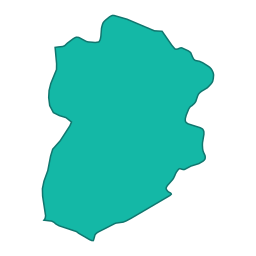 Kassérine, Natural Earth projection
{"feature_id": "TUN-110", "entity_name": "Kassérine", "entity_type": "Governorate", "adm_level": 1, "iso_a3": "TUN", "parent_name": "Tunisia", "parent_adm1": "", "projection": "natural_earth1", "projection_center": [8.892, 35.211], "detail": "fine", "context": "isolated", "style": "filled", "palette": "teal", "viewbox_px": 256, "rotation_deg": 0, "n_neighbors": 0, "source": "natural_earth", "source_scale": "10m", "svg_char_len": 2151}
<svg xmlns="http://www.w3.org/2000/svg" viewBox="0 0 256 256"><path d="M43.9,220.2L45.1,218.5L45.6,215.8L42.6,196.0L42.4,188.7L44.0,181.1L47.8,170.6L50.6,156.1L52.7,149.2L60.2,140.8L69.9,125.8L71.5,122.0L66.0,117.6L59.4,115.6L53.4,112.6L49.7,105.6L48.7,97.5L49.1,90.4L50.8,83.5L56.5,69.6L56.6,63.8L55.1,47.4L57.9,47.0L62.7,46.5L64.7,45.7L67.4,43.1L73.1,38.8L75.0,37.7L76.3,37.2L77.7,37.3L78.5,37.4L79.3,37.7L86.2,41.4L88.0,41.9L95.3,42.5L98.7,42.0L99.2,41.5L100.0,40.1L100.4,38.8L100.9,36.2L101.5,28.2L101.9,26.5L102.4,24.7L103.0,23.1L103.4,22.4L104.4,21.2L105.9,19.8L109.5,16.9L111.2,15.9L112.5,15.4L114.1,15.5L127.0,19.2L154.3,30.8L162.1,31.3L171.9,45.4L174.9,48.9L175.6,49.1L176.3,49.2L177.0,49.1L177.7,49.0L179.8,48.1L180.6,47.9L181.3,47.8L181.9,47.9L188.2,50.8L189.7,51.8L190.7,52.7L192.6,57.2L193.7,59.2L194.6,60.0L195.5,60.5L199.5,61.3L202.8,62.8L208.5,66.4L209.8,67.4L211.1,68.8L212.0,70.2L213.0,72.3L213.4,73.7L213.6,75.0L213.3,78.5L212.7,81.2L212.1,82.4L211.2,83.7L209.4,85.7L207.3,87.8L201.8,91.1L200.2,92.3L198.8,93.7L198.2,94.7L197.6,96.0L195.8,101.4L195.2,102.3L194.4,103.4L192.0,105.6L190.4,106.6L189.6,107.6L188.7,109.0L186.2,115.2L185.4,118.2L185.3,118.9L185.3,119.6L185.3,120.4L185.4,121.1L185.6,121.7L185.9,122.1L186.4,122.7L187.7,123.6L188.2,123.9L200.2,127.7L201.9,128.6L202.6,129.1L203.1,129.8L203.5,130.6L203.8,131.4L203.9,132.3L203.9,134.4L202.5,142.7L202.4,145.0L202.6,148.5L202.9,150.5L203.6,152.5L205.0,155.5L205.1,156.2L205.2,156.6L205.2,157.2L205.2,157.8L205.1,158.5L204.9,159.2L204.2,160.1L203.0,161.2L198.9,163.6L190.9,166.1L184.7,169.4L184.3,169.5L183.8,169.6L182.5,169.4L179.8,168.6L178.9,169.0L178.0,169.9L176.4,172.1L175.2,174.4L175.0,175.1L173.7,177.9L172.7,179.5L167.5,185.4L166.5,187.0L166.1,188.2L166.2,189.0L166.6,189.7L167.1,190.5L167.7,191.2L168.3,191.8L170.5,193.0L171.1,193.6L171.3,194.2L169.9,195.5L130.9,218.4L126.2,220.9L123.2,222.1L116.0,223.1L114.7,223.6L98.4,231.9L96.7,233.0L95.4,234.3L95.0,234.9L94.8,235.6L93.8,239.2L93.3,240.6L91.9,240.6L89.7,239.7L78.7,233.3L76.5,231.6L59.1,225.8L55.9,224.0L54.0,222.3L51.7,221.1L45.8,220.4L43.9,220.2Z" fill="#14b8a6" stroke="#0f766e" stroke-width="1.5"/></svg>